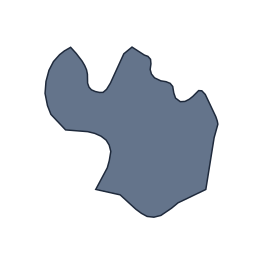 map outline of Hải Dương (Albers equal-area conic projection), rotated 288°
{"feature_id": "VNM-460", "entity_name": "Hải Dương", "entity_type": "Province", "adm_level": 1, "iso_a3": "VNM", "parent_name": "Vietnam", "parent_adm1": "", "projection": "albers", "projection_center": [106.419, 20.964], "detail": "fine", "context": "isolated", "style": "filled", "palette": "slate", "viewbox_px": 256, "rotation_deg": 288, "n_neighbors": 0, "source": "natural_earth", "source_scale": "10m", "svg_char_len": 950}
<svg xmlns="http://www.w3.org/2000/svg" viewBox="0 0 256 256"><g transform="rotate(288 128 128)"><path d="M145.4,212.9L93.6,221.0L72.3,198.7L65.2,194.2L55.0,186.3L51.2,180.2L49.8,173.5L51.0,167.1L53.2,160.5L62.0,141.2L59.6,116.3L83.7,120.6L91.0,120.3L100.4,118.9L105.9,115.4L109.7,111.0L111.9,104.9L112.6,98.1L112.1,90.9L106.9,69.2L117.1,50.5L124.4,44.5L135.3,38.4L147.0,35.6L158.5,35.0L168.2,36.6L176.6,40.3L181.7,43.7L187.0,48.5L182.9,55.7L177.4,63.7L174.0,67.5L170.5,70.6L166.6,72.8L158.2,75.7L154.8,78.3L153.0,81.4L152.6,85.7L153.0,89.9L154.2,93.3L158.2,95.7L165.2,97.4L197.3,101.1L206.2,106.8L202.4,121.1L202.3,124.8L200.3,128.2L196.1,130.0L190.5,131.0L186.6,133.6L183.9,137.7L183.0,144.6L183.8,149.8L183.5,154.3L181.3,157.7L175.5,160.7L171.1,164.0L169.2,169.6L170.9,174.0L174.3,177.4L178.1,179.9L185.4,183.6L186.2,186.7L183.8,191.1L165.9,208.0L162.3,210.7L159.4,212.3L145.4,212.9Z" fill="#64748b" stroke="#1e293b" stroke-width="1.5"/></g></svg>